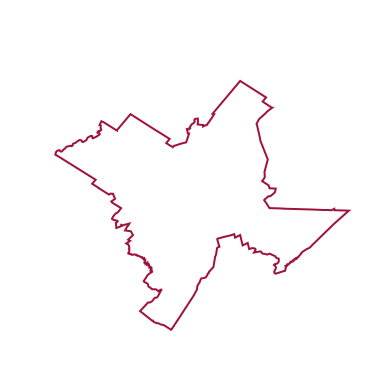 Ugāles pag., Ventspils, Latvia (Natural Earth projection), rotated 138°
{"feature_id": "27541924B38189236696308", "entity_name": "Ugāles pag.", "entity_type": "district", "adm_level": 2, "iso_a3": "LVA", "parent_name": "Latvia", "parent_adm1": "Ventspils", "projection": "natural_earth1", "projection_center": [21.987, 57.232], "detail": "fine", "context": "isolated", "style": "outline", "palette": "rose", "viewbox_px": 384, "rotation_deg": 138, "n_neighbors": 0, "source": "geoboundaries", "source_scale": "gbopen_adm2", "svg_char_len": 5884}
<svg xmlns="http://www.w3.org/2000/svg" viewBox="0 0 384 384"><g transform="rotate(138 192 192)"><path d="M81.9,242.3L124.4,236.4L123.4,235.0L129.7,233.3L135.4,232.1L135.7,231.8L136.7,232.3L139.9,233.3L138.9,234.3L141.1,236.7L141.4,237.2L142.6,238.4L140.4,240.4L138.5,242.7L140.6,244.2L141.7,244.2L142.3,243.8L142.6,242.8L143.3,242.3L144.6,242.1L147.0,242.5L150.7,241.5L150.6,240.7L152.2,240.5L153.6,242.2L155.9,238.3L155.0,237.4L163.1,232.8L167.8,235.3L174.4,238.2L174.5,238.4L176.2,238.1L176.6,239.6L177.3,241.5L178.4,245.6L173.1,246.4L179.1,267.4L185.6,291.0L206.1,288.2L206.5,288.1L206.7,287.9L211.1,303.4L212.0,305.2L215.8,303.6L215.5,303.3L215.3,302.6L215.6,302.0L216.9,301.0L217.3,300.4L217.5,299.5L217.9,298.9L218.4,298.7L218.8,298.7L220.3,299.7L221.3,299.9L222.4,299.6L222.6,299.2L221.7,298.6L221.5,298.2L221.5,297.6L221.8,296.9L222.0,296.6L222.9,296.6L223.9,296.9L225.5,297.0L228.5,297.8L229.7,298.2L229.9,298.6L229.8,299.0L229.3,299.5L228.8,300.4L229.0,300.8L229.6,301.3L230.4,301.6L233.0,302.2L233.7,302.1L235.5,301.3L236.0,301.3L239.2,301.9L240.0,302.5L239.7,304.3L240.5,305.7L240.9,305.9L243.2,306.4L245.8,306.5L247.8,307.4L248.7,307.3L249.2,306.6L249.6,306.5L250.8,306.6L251.2,307.0L251.2,307.5L251.8,308.0L253.6,308.8L254.8,309.6L256.0,309.6L256.7,309.3L257.2,309.3L258.2,309.5L261.3,309.2L261.8,309.3L262.6,310.1L262.7,310.4L262.4,311.4L262.4,311.7L262.6,311.9L264.3,312.7L264.9,312.8L266.2,312.7L268.6,311.2L268.0,309.6L255.4,265.6L260.7,264.9L258.6,257.5L258.8,257.4L255.5,246.0L255.4,246.0L255.2,245.5L253.7,245.3L252.0,243.7L252.2,243.3L252.0,243.2L253.8,238.4L258.2,238.9L258.1,238.3L258.5,237.7L255.5,227.4L260.6,226.5L263.4,227.1L266.7,226.6L269.3,225.7L269.5,225.4L268.6,222.9L268.0,222.6L267.2,221.2L266.7,220.4L267.0,219.8L269.3,219.9L272.3,215.9L268.8,214.4L267.9,214.2L267.3,214.7L265.4,215.2L267.2,214.6L267.8,214.2L266.5,213.6L264.0,212.9L263.4,212.3L261.8,211.6L261.1,211.2L259.7,210.5L261.8,209.8L263.3,209.7L267.4,208.2L267.0,207.9L265.8,206.1L263.7,203.8L264.7,199.4L271.4,199.3L270.7,197.1L275.3,197.8L275.0,196.9L274.5,196.4L274.4,196.2L274.6,195.2L274.9,194.7L274.8,194.0L275.6,193.3L275.8,192.6L276.2,192.2L277.3,191.6L277.2,191.0L277.9,190.2L278.7,189.7L279.7,189.5L280.4,189.1L280.5,188.9L280.0,188.5L280.1,188.4L280.1,187.9L279.9,187.6L279.0,187.1L278.9,186.9L279.0,185.9L278.8,185.5L277.9,185.1L277.4,184.6L276.4,184.0L276.4,183.8L276.1,183.5L275.9,183.0L275.5,182.9L275.5,182.7L275.7,182.4L275.1,181.8L275.3,181.1L274.6,180.8L274.2,179.7L274.2,179.3L273.7,178.7L273.6,178.1L272.9,177.5L273.2,176.9L272.6,176.3L273.1,175.7L272.8,174.9L272.1,174.8L272.7,174.1L272.0,173.3L272.7,173.0L272.4,172.6L272.5,172.4L273.1,172.3L274.6,171.5L274.8,171.1L274.4,170.6L273.7,170.5L273.2,170.0L273.3,169.9L274.4,169.4L273.2,168.8L272.5,169.0L272.7,168.7L273.9,167.9L272.4,167.4L272.4,167.1L272.6,166.5L273.1,166.2L273.6,166.1L273.8,165.8L273.8,165.4L273.1,164.5L273.7,164.1L274.1,164.0L273.6,163.5L272.8,163.2L272.8,162.7L273.0,162.5L273.9,162.4L274.5,161.9L274.6,161.6L274.1,161.3L274.4,160.9L274.5,160.8L275.5,161.3L275.9,160.6L274.8,160.2L274.6,160.1L274.6,159.9L275.6,159.7L275.6,159.4L277.1,159.7L280.6,160.0L284.9,158.7L287.5,158.1L287.6,156.7L286.7,155.0L286.4,153.2L287.6,150.9L287.1,149.2L286.7,146.4L283.9,143.8L283.2,140.1L282.3,140.7L279.4,139.9L280.9,139.6L286.0,137.7L287.7,137.2L288.9,137.1L290.5,138.3L295.0,137.5L297.1,138.0L298.6,139.3L310.3,138.3L307.7,122.9L307.1,122.6L307.1,122.3L307.4,121.7L307.0,120.4L306.4,118.8L304.7,116.7L303.9,114.4L303.0,113.5L302.7,112.8L301.7,111.3L301.7,110.5L301.5,109.8L301.3,109.5L299.8,103.7L299.2,103.6L294.4,104.8L260.5,113.8L253.6,116.2L251.0,118.5L248.1,119.5L246.9,119.7L245.3,120.6L243.2,121.6L239.0,119.3L236.0,120.1L234.9,120.8L233.9,120.5L232.8,121.3L226.3,121.9L218.0,128.5L216.7,129.0L215.6,129.7L211.0,133.5L209.6,133.5L208.2,133.0L207.0,135.8L204.7,140.2L204.4,140.3L198.4,137.3L193.4,134.5L188.8,132.4L190.5,129.3L185.0,127.8L190.1,118.4L184.7,116.9L187.7,111.3L186.6,110.9L184.3,109.7L183.6,108.4L183.0,107.8L183.0,107.1L183.4,106.6L184.2,106.2L186.4,105.5L181.7,102.7L180.9,102.0L180.6,101.3L180.9,100.8L180.7,98.8L179.5,97.5L178.0,95.2L175.8,94.4L175.4,94.0L174.5,91.6L173.2,88.9L173.2,88.0L173.4,87.0L173.3,86.5L172.9,85.6L172.3,85.0L172.3,84.8L172.3,84.3L172.6,83.7L174.0,82.4L175.1,81.9L176.8,81.9L177.8,82.5L178.7,82.9L179.6,83.1L179.9,82.9L179.5,82.4L179.4,81.9L179.8,81.2L180.0,79.9L180.3,79.5L181.6,78.8L183.0,78.3L184.4,77.7L184.6,76.9L184.9,76.5L184.5,75.3L175.4,71.2L174.8,71.7L173.5,72.5L173.2,72.9L172.6,73.3L172.6,73.6L172.4,73.7L172.3,73.8L172.1,73.9L171.9,74.0L171.7,73.9L171.7,74.1L171.5,73.9L171.4,73.9L171.0,73.6L170.7,73.8L170.8,73.8L170.2,74.0L170.1,73.8L169.8,73.9L169.8,74.0L169.6,73.8L169.0,74.0L168.8,73.8L168.7,74.0L168.6,73.9L167.8,73.9L167.3,73.7L166.9,73.8L166.8,73.7L166.5,73.9L166.3,73.8L166.1,74.0L165.8,73.9L165.7,74.0L165.5,73.8L165.0,74.0L164.9,73.8L164.4,73.7L163.9,73.5L164.0,73.3L163.7,73.3L163.5,73.1L163.0,73.3L162.8,73.1L162.9,73.3L162.6,73.3L162.5,73.5L162.1,73.2L161.8,73.3L161.9,73.1L161.5,73.2L161.3,73.1L161.2,73.2L160.6,72.9L160.1,73.1L160.1,72.8L159.9,72.7L159.8,72.8L159.6,72.7L159.2,73.1L159.0,72.8L158.7,72.8L158.4,73.0L158.0,72.7L157.9,72.7L158.0,72.8L157.9,73.0L157.5,72.8L157.6,72.6L157.0,72.7L156.7,72.5L156.3,72.8L155.8,72.7L153.8,73.0L153.0,73.0L151.9,73.4L149.9,73.6L145.4,72.9L142.1,71.9L140.4,71.9L138.3,72.1L108.7,73.3L87.9,73.2L98.4,83.2L97.5,84.3L100.7,85.2L103.7,88.4L104.9,89.3L115.8,99.9L135.3,118.5L135.2,118.6L144.9,127.9L145.2,128.3L144.1,135.1L143.8,137.6L143.6,137.6L143.4,137.8L138.1,137.7L136.7,136.5L131.0,136.2L129.3,137.1L127.5,138.5L131.9,142.9L130.6,145.7L132.6,153.1L128.1,154.2L124.6,158.5L113.9,165.5L106.8,184.5L104.8,187.6L98.8,198.5L98.5,199.4L95.7,200.5L93.3,201.3L85.7,201.3L81.9,201.5L76.1,201.0L76.3,201.2L79.0,211.9L73.7,212.7L81.9,242.3Z" fill="none" stroke="#9f1239" stroke-width="2"/></g></svg>